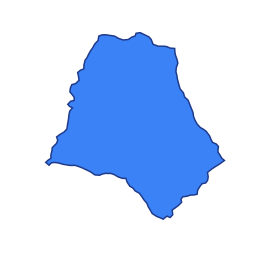 Pirangi, São Paulo, Brazil (Natural Earth projection), rotated 258°
{"feature_id": "56859067B58316114488651", "entity_name": "Pirangi", "entity_type": "district", "adm_level": 2, "iso_a3": "BRA", "parent_name": "Brazil", "parent_adm1": "São Paulo", "projection": "natural_earth1", "projection_center": [-48.674, -21.085], "detail": "fine", "context": "isolated", "style": "filled", "palette": "blue", "viewbox_px": 256, "rotation_deg": 258, "n_neighbors": 0, "source": "geoboundaries", "source_scale": "gbopen_adm2", "svg_char_len": 1875}
<svg xmlns="http://www.w3.org/2000/svg" viewBox="0 0 256 256"><g transform="rotate(258 128 128)"><path d="M76.2,215.6L79.0,213.4L82.2,212.4L85.7,211.0L88.3,211.6L91.1,212.6L94.1,210.9L96.3,207.7L99.2,206.9L103.4,206.1L108.3,203.9L110.7,201.9L113.5,198.8L117.4,196.5L121.9,195.1L125.9,194.5L129.6,194.8L133.7,194.1L138.7,193.2L142.7,192.6L146.6,189.8L150.9,189.5L155.4,187.1L159.4,186.8L165.6,186.5L169.3,186.7L173.1,186.6L177.0,187.8L181.0,190.2L184.8,190.2L189.1,189.6L192.1,189.6L196.1,190.2L197.4,185.9L199.7,182.6L200.7,179.5L201.7,174.6L204.7,169.9L209.8,169.1L212.8,167.4L218.7,159.8L219.0,155.6L216.5,154.1L216.2,151.0L214.5,146.6L215.1,141.6L217.4,137.7L220.7,133.9L222.3,129.6L223.7,125.9L224.5,122.0L224.0,118.6L219.8,116.9L217.1,113.0L213.5,109.9L211.4,107.5L208.3,104.8L205.3,102.5L203.2,100.1L198.6,97.9L195.1,97.2L194.4,93.5L192.7,90.3L188.8,90.3L184.8,90.0L182.3,85.9L182.1,82.1L179.0,79.9L175.4,78.7L171.7,80.6L169.1,81.8L166.1,80.9L166.1,77.4L163.7,74.0L161.2,75.4L159.3,77.9L156.6,74.5L153.2,73.0L148.7,71.5L144.0,69.6L139.7,68.0L137.3,64.5L135.8,60.0L134.1,56.3L130.6,56.7L127.8,54.9L126.2,52.3L124.5,49.8L121.6,48.9L117.7,47.0L114.4,46.3L113.1,43.1L111.5,40.4L108.0,43.0L109.9,45.9L109.5,49.2L108.3,52.6L105.9,57.2L103.3,64.0L102.5,68.4L100.7,71.6L98.9,74.4L96.3,77.9L92.9,82.2L89.0,85.9L87.7,90.3L88.3,93.3L88.3,96.6L87.0,102.0L85.0,105.2L82.3,108.1L79.9,112.0L79.2,115.4L75.2,115.9L70.6,117.7L68.6,120.1L64.9,122.0L61.8,125.5L58.2,127.2L54.5,128.6L50.5,130.8L46.5,131.5L43.1,132.7L39.3,133.9L35.6,137.6L33.9,140.2L31.5,143.5L33.7,147.8L31.7,150.6L33.8,153.7L38.6,154.2L40.4,158.3L41.9,161.5L44.2,165.0L47.3,165.0L49.3,167.2L49.0,171.7L49.4,175.2L48.8,178.5L48.8,181.8L52.7,183.2L55.8,186.1L58.1,188.8L58.1,192.6L60.1,194.9L63.6,196.3L68.0,196.5L70.5,201.4L72.1,205.5L73.9,210.5L76.2,215.6Z" fill="#3b82f6" stroke="#1e3a8a" stroke-width="1.5"/></g></svg>